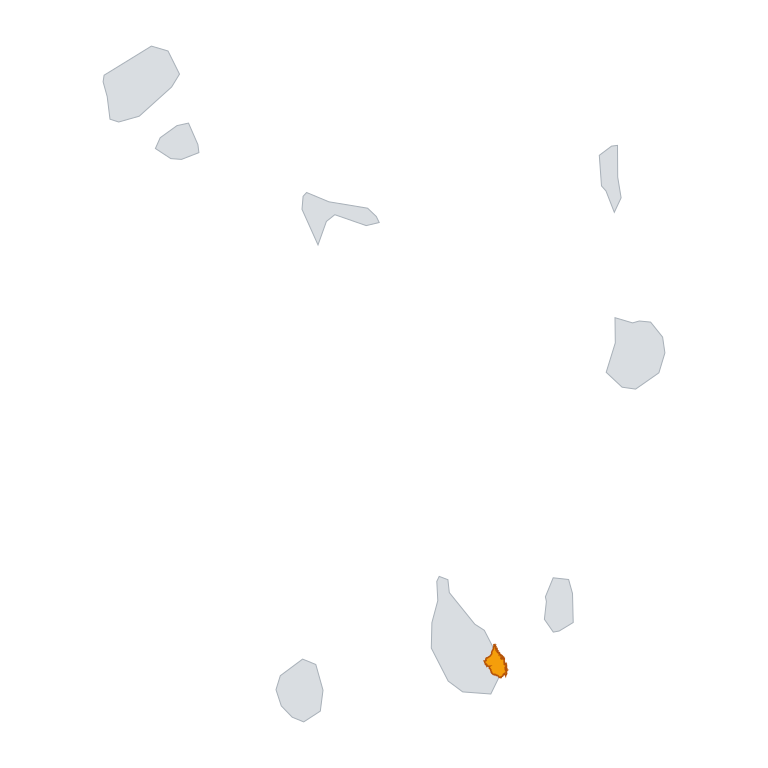 Nossa Senhora Da Luz, São Domingos, Cabo Verde (highlighted)
{"feature_id": "66160863B49789826079472", "entity_name": "Nossa Senhora Da Luz", "entity_type": "district", "adm_level": 2, "iso_a3": "CPV", "parent_name": "Cabo Verde", "parent_adm1": "São Domingos", "projection": "equal_earth", "projection_center": [-23.458, 15.031], "detail": "fine", "context": "in_parent", "style": "filled", "palette": "amber", "viewbox_px": 768, "rotation_deg": 0, "n_neighbors": 0, "source": "geoboundaries", "source_scale": "gbopen_adm2", "svg_char_len": 5954}
<svg xmlns="http://www.w3.org/2000/svg" viewBox="0 0 768 768"><path d="M503.6,667.8L490.8,694.0L462.7,691.9L448.2,681.1L431.3,648.1L431.9,622.7L437.8,600.6L436.8,581.4L439.2,576.4L447.9,579.7L449.3,592.6L474.8,624.2L484.3,630.3L503.6,667.8ZM139.2,116.2L118.7,122.0L110.0,119.2L107.2,96.6L103.1,81.8L104.1,75.2L151.4,46.1L168.0,51.0L179.5,74.1L171.6,87.0L139.2,116.2ZM615.0,317.7L632.6,322.9L639.3,321.0L650.6,322.1L662.6,337.1L664.9,352.9L658.9,372.8L635.6,389.1L622.1,387.2L606.2,372.3L615.3,342.9L615.0,317.7ZM320.3,711.1L303.7,721.9L292.2,717.2L281.3,705.9L276.0,689.7L280.3,675.7L302.6,659.1L315.8,664.5L323.0,690.2L320.3,711.1ZM367.6,208.2L376.3,216.5L379.2,222.5L366.2,225.6L334.8,214.7L326.4,221.4L318.0,244.9L302.0,209.3L303.1,196.3L306.6,192.5L328.9,201.8L367.6,208.2ZM559.2,631.0L553.3,632.1L544.4,619.3L546.4,601.5L545.4,596.8L553.2,577.8L568.6,579.5L572.5,593.5L573.2,622.5L559.2,631.0ZM198.9,152.6L181.5,159.4L170.8,158.6L155.4,148.5L160.2,137.7L177.0,125.6L188.5,123.1L197.9,144.6L198.9,152.6ZM621.1,197.8L614.3,212.3L606.0,191.0L601.5,185.9L599.3,155.3L611.6,146.1L617.5,145.4L617.7,177.1L621.1,197.8Z" fill="#d9dde1" stroke="#a8b0b8" stroke-width="1"/><path d="M486.5,657.9L486.1,658.3L485.8,659.2L485.8,659.6L486.2,660.2L486.0,660.6L485.7,660.6L485.3,660.9L484.2,661.0L484.6,661.8L484.8,662.6L485.1,663.2L485.7,663.8L485.9,663.9L485.5,664.5L486.3,665.0L486.6,665.0L486.8,665.2L486.8,665.4L487.0,665.1L487.4,665.8L487.6,665.8L487.7,666.0L487.8,666.2L488.0,666.1L488.4,666.3L489.8,666.2L489.5,666.4L489.3,666.9L489.4,667.1L489.4,668.0L489.6,668.2L489.5,668.4L490.2,668.7L490.3,669.3L490.8,669.6L490.9,669.9L490.7,670.5L490.9,670.8L491.1,671.3L491.3,671.5L491.2,671.6L491.1,672.0L491.4,672.2L491.6,672.6L491.7,673.0L491.9,673.0L492.2,673.4L492.4,673.4L492.6,673.9L493.0,674.1L493.2,674.4L493.4,674.4L493.8,674.6L494.7,674.3L494.8,674.6L495.0,674.4L495.2,674.7L495.7,674.8L496.1,675.3L496.4,675.2L496.5,675.5L497.6,675.4L497.9,675.6L498.7,676.9L499.1,676.9L499.8,677.5L500.2,677.7L500.7,677.7L500.7,677.9L500.8,677.7L501.1,677.6L501.1,677.2L501.3,677.3L501.2,677.2L501.3,677.2L501.4,676.9L501.6,676.6L501.8,676.4L502.0,676.4L502.3,676.3L502.6,676.1L502.9,675.6L503.0,675.6L503.1,675.4L503.3,674.3L503.7,674.0L504.1,673.9L504.3,674.1L504.5,673.8L504.6,674.1L504.8,674.2L504.9,674.7L505.3,674.9L505.6,675.6L505.7,675.0L506.0,674.8L506.3,674.7L506.4,674.4L506.4,674.1L506.7,673.6L506.3,673.1L506.1,673.0L506.1,672.9L506.2,672.7L505.9,672.4L506.1,672.1L506.1,671.9L506.1,671.7L506.1,671.4L506.5,671.5L506.4,671.1L506.7,670.8L506.6,670.6L506.9,670.4L506.6,670.4L506.3,670.6L506.0,670.7L505.9,670.4L505.7,670.4L505.7,670.1L505.5,669.8L505.4,669.8L505.3,669.5L505.7,669.4L505.8,669.5L506.2,669.3L506.4,669.5L506.6,669.9L506.7,669.4L507.0,669.3L507.0,669.0L506.7,669.0L506.6,668.7L506.5,668.8L506.4,668.7L506.4,668.4L506.2,668.5L506.2,668.8L506.1,669.0L505.9,668.8L505.6,668.8L505.6,668.7L505.2,668.2L505.3,668.0L505.3,667.8L505.5,667.7L505.4,667.7L505.5,667.4L505.7,667.5L505.6,667.3L505.4,667.2L505.5,667.1L505.7,666.9L505.7,666.7L505.9,666.5L506.5,667.0L506.5,666.6L506.4,666.6L506.5,666.4L506.7,666.2L506.4,666.3L506.4,666.2L506.2,665.8L506.4,665.7L506.5,665.5L506.5,665.4L506.3,665.4L506.3,665.2L506.1,665.3L506.1,665.2L505.8,664.9L505.9,664.7L505.9,664.3L505.7,664.2L505.9,663.9L505.7,663.9L505.7,663.7L505.6,663.8L505.6,663.5L505.3,663.7L505.3,663.9L505.1,663.9L505.0,664.3L504.9,664.3L504.9,664.5L504.7,664.6L504.4,664.5L504.2,664.3L504.2,664.1L504.5,663.9L504.5,663.5L504.7,663.4L504.5,663.0L504.4,663.0L504.4,662.8L504.2,662.8L504.2,662.5L504.1,662.3L504.2,661.9L504.4,661.6L504.3,661.4L504.1,661.4L504.2,660.8L504.2,660.6L504.0,660.1L504.2,659.6L504.3,659.6L504.3,659.3L504.1,659.5L503.8,659.4L503.7,659.1L503.8,658.5L504.0,658.4L503.9,658.1L503.4,658.3L503.2,658.5L503.2,658.8L503.1,658.6L502.9,658.7L502.6,658.5L502.4,658.7L502.4,658.8L502.3,658.6L502.2,658.9L502.0,659.0L501.9,659.0L501.9,658.9L501.6,658.9L501.6,658.6L501.8,658.4L501.6,658.5L501.5,658.4L501.1,658.6L500.9,658.5L500.9,658.3L501.3,658.0L501.3,657.9L501.2,657.7L501.4,657.6L501.7,657.6L502.0,657.6L502.1,657.9L502.3,657.9L502.2,657.8L502.2,657.6L502.4,657.4L503.0,657.8L503.1,657.3L503.3,657.1L503.1,657.0L503.1,656.9L503.0,656.7L502.5,656.2L502.2,656.0L502.2,655.8L502.0,655.7L501.9,655.8L501.8,655.5L501.8,655.8L501.7,655.5L501.7,655.8L501.6,655.5L501.3,655.6L501.1,655.2L501.1,655.4L500.9,655.2L500.8,655.3L500.8,655.1L500.6,655.2L500.7,654.9L500.6,655.0L500.7,654.9L500.5,654.7L500.4,654.8L500.2,654.6L500.2,654.8L499.9,654.9L499.7,654.8L499.5,654.4L499.7,654.2L499.7,653.9L499.6,653.7L499.5,653.8L499.6,653.4L499.4,653.2L499.7,653.2L499.4,653.2L499.4,653.3L499.4,653.1L499.2,653.2L499.0,652.8L498.9,653.0L498.9,652.8L498.8,653.0L498.7,652.9L498.5,653.0L498.4,652.9L498.3,652.7L498.4,652.4L498.2,652.3L498.1,652.2L498.0,652.3L497.8,652.5L497.6,652.5L497.4,652.3L497.3,651.9L497.3,651.6L497.5,651.5L497.7,651.4L497.6,651.2L497.4,651.2L497.5,651.1L497.4,651.1L497.2,650.8L497.1,650.6L497.2,650.4L497.3,650.3L497.1,650.1L497.1,649.9L497.0,650.0L496.9,650.1L496.7,650.0L496.8,649.7L496.7,649.7L496.8,649.6L496.7,649.5L496.8,649.4L496.8,649.2L496.7,649.3L496.6,649.2L496.4,649.3L496.4,649.1L496.2,649.3L496.2,649.2L495.9,648.9L496.2,648.7L495.9,648.8L495.8,648.7L495.7,648.7L495.7,648.2L495.9,648.2L495.9,647.9L495.8,647.7L495.7,647.7L495.9,647.3L495.8,647.1L495.9,646.9L495.7,646.8L495.7,646.7L495.4,646.6L495.2,646.6L495.1,646.4L494.9,646.1L495.0,646.1L494.9,645.8L495.1,645.8L495.0,645.7L495.0,645.4L494.9,645.4L495.0,645.3L494.9,645.3L495.0,645.2L494.9,645.0L494.9,644.9L494.6,645.1L494.2,644.8L494.1,644.6L493.9,644.7L493.9,645.2L494.0,645.5L494.0,646.1L493.8,646.4L493.8,646.9L493.5,647.2L493.4,647.8L493.4,648.3L493.1,649.4L493.1,649.7L492.6,650.1L491.8,651.9L491.6,652.8L491.8,653.4L491.5,654.3L491.2,654.7L490.6,655.2L490.3,655.9L489.7,656.4L489.4,656.5L488.1,657.3L487.6,657.8L487.5,657.7L486.5,657.9Z" fill="#f59e0b" stroke="#b45309" stroke-width="1.5"/></svg>